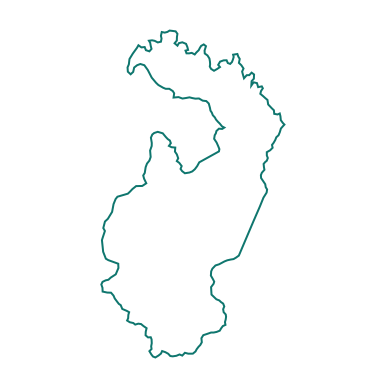 Cumari, Goiás, Brazil, rotated 86°
{"feature_id": "56859067B19159308765425", "entity_name": "Cumari", "entity_type": "district", "adm_level": 2, "iso_a3": "BRA", "parent_name": "Brazil", "parent_adm1": "Goiás", "projection": "mercator", "projection_center": [-48.176, -18.317], "detail": "fine", "context": "isolated", "style": "outline", "palette": "teal", "viewbox_px": 384, "rotation_deg": 86, "n_neighbors": 0, "source": "geoboundaries", "source_scale": "gbopen_adm2", "svg_char_len": 4038}
<svg xmlns="http://www.w3.org/2000/svg" viewBox="0 0 384 384"><g transform="rotate(86 192 192)"><path d="M96.5,203.8L96.4,198.8L98.1,195.0L97.8,191.3L97.4,187.9L98.3,185.2L99.1,182.2L99.2,178.5L101.6,175.0L102.3,171.4L104.9,169.1L109.4,168.2L112.1,167.9L114.2,166.7L116.8,165.9L119.2,164.0L121.4,163.0L123.8,161.2L125.6,159.6L128.6,157.5L130.0,155.3L131.2,157.5L130.7,160.7L132.9,163.4L135.1,164.1L137.0,165.4L140.5,166.2L144.4,164.0L148.0,162.7L151.1,161.7L153.4,162.3L162.9,182.7L166.5,185.0L169.5,187.6L171.5,190.3L172.4,193.2L172.8,197.8L170.5,200.4L168.2,201.8L165.4,200.5L162.0,202.7L160.1,205.0L157.4,203.4L153.4,204.5L150.5,206.2L146.5,205.6L145.9,209.3L144.4,211.8L141.8,209.7L139.1,210.5L137.5,212.5L135.3,214.3L131.4,217.1L129.6,222.0L130.5,225.6L131.9,227.6L135.0,229.2L140.3,228.7L143.3,229.0L147.7,230.9L154.2,230.8L157.7,232.3L160.5,234.9L164.0,236.5L169.7,237.8L172.1,239.5L175.3,238.9L180.1,237.0L182.5,241.2L182.2,247.3L184.9,251.2L187.3,253.8L189.2,256.1L191.5,266.7L193.7,268.7L198.6,271.1L206.3,273.1L212.9,277.8L215.4,280.9L221.8,283.0L224.8,281.6L231.4,284.3L233.7,285.2L245.4,284.8L252.5,282.6L254.1,280.3L258.4,270.6L262.7,270.7L268.8,273.8L271.7,279.0L273.7,281.5L274.1,284.3L275.4,287.5L277.9,288.9L281.3,288.0L285.1,288.1L286.4,283.6L286.8,279.8L289.9,277.5L292.8,276.5L296.4,274.2L298.5,272.8L299.9,271.0L303.8,269.7L306.0,265.4L307.5,263.1L310.2,264.1L313.5,264.5L315.7,265.7L317.6,263.1L318.6,259.7L320.3,257.9L319.6,254.8L320.2,252.0L322.3,249.8L324.7,246.8L328.2,247.9L331.7,248.3L334.0,246.0L334.0,243.3L336.2,242.6L340.1,242.7L343.1,243.5L345.8,243.3L347.8,245.6L351.2,243.9L353.4,242.4L354.5,240.1L352.8,236.8L351.0,234.2L348.6,232.9L349.9,229.8L351.7,227.0L354.1,225.1L354.6,222.7L354.3,219.0L353.2,215.8L354.5,213.1L351.9,210.3L353.0,207.1L353.3,202.4L351.3,199.6L349.3,198.4L346.9,196.3L345.2,194.4L342.6,192.7L338.5,192.8L335.6,190.7L334.6,186.7L333.5,182.7L333.7,180.2L333.3,177.2L332.3,174.0L330.0,172.4L327.9,170.6L326.9,167.9L324.1,168.2L321.6,167.3L318.8,166.7L316.5,166.9L314.1,168.8L311.1,169.1L308.4,167.8L305.5,168.7L303.8,170.8L302.1,172.3L300.7,175.2L295.7,179.7L288.2,179.6L285.1,176.9L283.0,176.1L280.4,177.2L276.7,179.0L272.5,178.4L269.9,177.0L266.9,173.7L266.0,170.0L263.5,164.4L262.6,161.6L262.1,158.3L261.8,155.2L260.5,152.6L258.7,149.7L225.2,132.6L211.2,125.3L202.6,121.1L197.8,117.6L194.7,116.9L192.4,118.1L189.3,118.4L182.9,122.1L180.0,122.1L177.7,121.0L174.9,118.2L172.1,118.5L169.0,118.6L167.3,117.0L166.0,115.2L163.4,114.0L160.8,114.8L157.5,114.6L155.8,111.1L153.5,108.5L150.6,108.9L148.7,107.2L145.9,105.3L143.3,104.1L141.4,101.7L138.4,100.2L134.9,98.9L132.8,96.8L131.2,95.1L129.4,96.6L126.5,98.4L122.6,98.5L119.8,99.0L120.6,101.2L119.8,104.5L116.2,104.6L114.0,106.6L111.8,108.4L110.0,109.9L105.4,110.3L103.7,112.1L101.2,114.5L98.8,117.0L96.1,116.1L93.5,114.1L91.5,115.0L92.0,118.7L87.9,119.6L86.9,122.9L90.0,125.4L85.6,124.8L83.3,122.4L79.1,121.9L77.1,124.2L79.4,126.7L79.3,129.3L82.2,132.2L78.0,133.1L75.4,133.6L72.4,132.0L68.9,134.0L66.5,136.2L62.6,135.1L60.1,136.4L57.5,137.1L57.9,141.4L60.2,141.0L62.9,142.0L65.2,143.1L66.9,145.0L65.8,147.3L63.0,148.3L62.9,151.3L63.9,154.9L67.0,157.0L69.3,155.4L71.0,158.3L72.6,161.6L70.5,164.4L68.1,165.5L65.8,165.0L63.1,165.0L60.1,165.3L56.9,167.0L54.7,169.6L51.8,169.6L47.5,167.9L45.6,170.0L46.9,172.7L48.8,174.1L51.0,175.4L53.1,177.9L55.0,179.7L53.2,182.5L53.5,185.3L53.3,187.8L50.5,188.6L50.0,186.0L47.1,186.5L43.8,187.6L42.0,191.2L42.6,194.7L45.0,196.3L42.4,199.0L39.9,196.6L36.2,196.2L33.2,195.5L30.6,197.1L29.9,200.5L29.4,203.1L30.6,205.4L31.1,208.1L30.3,211.0L34.0,212.1L36.8,211.7L39.9,212.5L40.4,215.7L38.6,218.7L37.9,221.2L38.1,224.4L40.3,223.3L43.3,223.0L46.4,222.4L48.7,224.7L47.3,228.1L44.1,229.1L44.2,232.4L41.9,235.2L44.3,236.8L49.8,241.4L55.0,245.1L60.3,246.1L63.2,247.6L67.5,247.6L70.3,245.0L68.1,242.3L63.8,241.0L61.7,237.9L60.7,234.6L62.2,230.7L67.2,227.6L75.1,224.2L80.6,220.2L82.9,218.1L86.0,213.5L87.2,211.1L87.5,207.4L90.0,204.1L92.3,202.9L96.5,203.8Z" fill="none" stroke="#0f766e" stroke-width="2"/></g></svg>